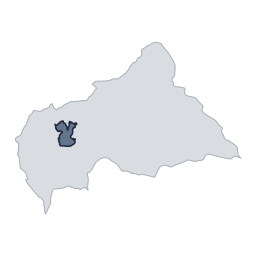 location of Bossangoa, Ouham, Central African Republic
{"feature_id": "33826404B90258922405871", "entity_name": "Bossangoa", "entity_type": "district", "adm_level": 2, "iso_a3": "CAF", "parent_name": "Central African Republic", "parent_adm1": "Ouham", "projection": "robinson", "projection_center": [17.361, 6.343], "detail": "fine", "context": "in_parent", "style": "filled", "palette": "slate", "viewbox_px": 256, "rotation_deg": 0, "n_neighbors": 0, "source": "geoboundaries", "source_scale": "gbopen_adm2", "svg_char_len": 6921}
<svg xmlns="http://www.w3.org/2000/svg" viewBox="0 0 256 256"><path d="M182.1,87.5L184.6,88.2L185.1,89.1L184.4,92.0L184.9,93.8L186.3,95.3L187.8,96.0L189.2,96.4L194.1,97.3L196.1,98.4L198.8,101.8L202.1,104.9L203.0,106.5L202.8,108.0L201.8,109.8L202.0,110.6L203.5,112.4L205.3,114.2L208.5,116.3L214.2,119.5L216.7,121.7L217.6,123.3L219.0,125.1L221.1,126.7L222.4,128.0L221.5,131.5L221.8,132.7L222.3,133.7L223.5,135.1L223.9,136.9L225.1,139.1L226.5,140.1L228.8,140.5L230.0,141.5L232.6,143.3L235.0,144.9L236.1,145.9L236.7,146.9L237.3,148.0L237.6,149.1L237.6,151.5L238.1,154.5L239.4,156.5L240.6,158.0L235.6,156.3L234.9,156.2L234.0,156.5L231.4,158.7L230.5,158.9L227.3,158.5L219.3,156.8L213.1,155.2L211.3,154.6L208.0,154.0L205.8,155.1L203.8,158.9L203.2,159.7L200.0,160.8L198.5,160.5L194.8,161.5L189.1,160.0L187.1,160.3L185.5,161.1L181.4,162.8L178.9,163.8L176.0,164.7L173.3,166.0L171.4,166.8L169.6,166.8L168.0,166.0L166.2,165.3L164.0,165.2L161.8,165.6L159.9,167.1L159.2,168.2L157.5,171.1L155.6,175.8L154.8,176.7L154.2,177.2L145.2,174.9L141.4,174.3L138.8,175.0L135.5,173.7L134.1,173.5L133.4,173.9L131.6,173.3L128.7,171.7L125.8,171.0L123.3,171.3L121.8,170.7L120.5,169.2L118.9,166.3L116.0,163.5L112.1,161.2L109.7,159.5L108.7,158.4L106.6,157.8L103.4,157.6L100.3,158.8L95.9,162.3L91.8,169.5L89.5,172.3L87.6,173.0L87.2,174.8L88.1,177.6L88.3,180.7L87.7,186.2L87.9,190.1L86.9,189.5L86.0,187.6L85.6,187.3L82.8,188.1L81.4,188.9L80.7,189.6L80.1,189.7L79.3,188.7L78.6,188.5L77.5,188.7L76.4,188.7L75.7,188.5L75.2,188.6L74.0,188.0L69.3,186.5L68.5,186.0L67.6,186.1L65.1,187.4L63.8,187.8L60.0,188.6L55.8,189.0L54.3,189.0L53.2,189.6L52.5,190.4L51.2,195.4L50.9,196.3L50.9,197.6L50.6,201.6L50.7,202.9L45.7,213.9L44.9,212.1L44.4,209.9L44.2,207.4L44.3,206.8L44.0,206.0L43.6,204.0L44.0,202.7L43.7,201.3L42.7,200.0L41.8,199.0L41.3,198.0L40.9,197.7L39.9,197.5L38.7,197.0L33.2,190.5L27.4,183.3L26.3,180.9L25.8,179.5L27.2,179.4L27.6,179.1L27.6,178.5L26.7,176.6L26.3,174.2L25.6,172.8L23.4,170.6L21.2,168.9L20.5,168.0L20.1,166.7L19.3,158.9L19.0,156.6L18.3,155.7L17.8,155.2L17.6,154.6L17.7,153.2L18.0,152.0L18.0,151.5L18.6,150.4L18.6,143.1L17.9,142.1L16.6,142.1L15.9,141.0L15.4,139.7L15.5,138.8L16.8,137.3L17.6,136.7L20.0,135.5L20.7,135.0L21.1,134.2L21.4,133.3L22.9,129.5L25.0,125.8L25.9,125.0L28.0,119.5L28.5,118.1L28.9,116.7L29.5,115.6L31.8,113.7L33.6,110.5L35.5,110.6L37.4,111.2L39.9,111.4L41.9,110.8L43.1,109.5L49.2,107.3L49.6,105.6L50.6,104.6L51.7,103.8L52.1,103.7L52.2,104.3L52.8,106.1L54.2,107.9L56.2,109.9L56.8,109.8L58.1,108.3L61.2,107.4L62.0,107.0L64.2,104.8L66.9,103.4L68.5,102.9L71.2,101.4L73.1,101.6L76.3,101.4L81.4,100.7L85.2,100.5L87.1,100.2L87.6,99.9L88.3,97.8L88.8,97.2L90.3,96.3L93.0,93.1L94.8,90.4L95.4,89.5L95.7,89.3L96.5,88.2L95.7,87.0L92.6,84.6L92.7,84.3L92.5,83.9L92.7,83.6L93.9,82.6L95.4,81.5L97.1,81.1L101.5,81.2L105.3,80.9L106.2,81.0L109.1,80.4L111.1,79.9L113.2,78.8L117.9,78.9L121.8,76.0L122.9,75.5L123.4,75.0L123.5,74.6L125.3,73.4L127.4,71.0L129.0,68.9L129.4,67.3L133.8,62.2L135.3,62.3L136.1,61.7L137.8,58.2L138.4,57.6L140.2,57.0L141.0,56.0L141.8,54.5L141.8,52.6L141.4,51.1L141.4,50.4L141.8,49.7L142.5,49.0L145.9,47.2L146.7,46.3L147.2,45.5L148.1,45.4L149.2,45.4L149.8,44.9L150.5,44.1L152.9,43.0L155.0,42.1L157.2,42.5L161.3,43.6L162.6,46.0L163.2,46.9L168.2,52.7L169.2,54.1L171.7,58.3L173.3,61.1L175.1,65.2L175.2,67.4L175.0,69.3L174.7,74.7L174.2,76.2L172.0,79.1L171.9,80.4L172.4,81.5L173.1,82.0L173.5,82.5L173.2,85.0L174.0,86.0L175.7,86.7L179.9,87.1L182.1,87.5Z" fill="#d9dde1" stroke="#a8b0b8" stroke-width="1"/><path d="M55.7,127.5L55.8,128.3L56.0,128.5L56.3,128.6L56.3,128.8L56.3,129.0L56.3,129.3L56.4,129.5L56.5,129.6L56.8,129.7L57.0,129.8L57.2,130.1L57.2,130.4L57.4,130.6L57.4,130.8L57.6,130.9L57.8,131.0L58.0,131.3L58.3,131.4L58.5,131.5L58.8,131.5L59.0,131.5L59.0,131.4L59.2,131.1L59.3,130.9L60.1,131.1L60.4,131.1L60.6,131.0L60.9,131.0L61.1,131.2L61.4,131.4L61.7,131.6L62.0,131.8L62.3,132.1L62.3,132.4L62.2,132.6L61.9,132.9L61.7,132.9L61.5,132.7L61.3,132.9L61.2,133.2L61.0,133.3L60.9,133.3L60.8,133.6L60.7,133.8L60.7,134.0L60.4,134.4L60.2,134.6L59.8,134.7L59.7,134.8L59.6,135.2L59.6,135.4L59.7,135.6L59.5,136.0L59.3,136.8L59.3,137.1L59.4,137.4L59.4,137.6L59.5,137.7L59.5,137.9L59.5,138.1L58.7,138.2L58.5,138.3L58.3,138.4L58.4,138.6L58.5,138.9L58.5,139.2L58.6,139.4L58.7,139.5L58.8,139.6L58.8,139.8L58.8,140.0L58.7,140.2L58.7,140.5L58.8,140.8L58.9,141.3L58.9,141.7L59.1,141.9L59.3,142.2L59.4,142.5L59.4,142.8L59.5,143.2L59.6,143.3L59.7,143.6L59.7,143.9L59.6,144.3L59.6,144.5L59.8,144.8L60.0,145.1L60.4,145.8L63.2,145.9L64.5,146.0L67.0,146.3L69.4,146.2L70.5,146.1L71.5,145.5L73.8,144.0L74.2,143.7L74.7,143.0L75.1,142.5L74.9,141.2L75.0,140.6L74.8,140.3L75.0,139.8L75.0,139.7L75.2,139.3L75.2,139.1L74.8,139.1L74.8,139.3L74.6,139.4L74.4,139.4L74.2,139.2L74.2,139.3L74.0,139.5L74.0,139.4L73.9,139.2L73.7,139.0L73.5,138.9L73.3,138.7L73.2,138.7L73.1,138.8L73.1,139.0L73.1,139.4L71.7,138.3L70.7,137.6L70.6,136.9L70.7,136.5L70.7,136.2L70.7,135.8L71.4,135.2L72.0,134.5L72.2,134.1L72.5,133.6L72.5,133.0L72.7,132.2L72.7,131.1L72.7,130.6L72.6,130.3L72.6,130.0L72.5,129.6L72.6,129.4L72.8,129.2L72.9,128.9L73.0,128.6L73.0,128.4L73.3,128.2L73.6,128.1L73.6,127.8L73.6,127.6L73.8,127.6L74.1,127.6L74.4,127.5L74.5,127.5L74.6,127.3L74.7,127.2L74.8,127.2L75.0,127.2L75.2,126.9L75.2,126.6L75.1,126.4L75.1,126.2L75.3,126.0L75.3,125.7L75.2,125.5L75.1,125.4L75.1,125.2L75.3,125.1L75.6,124.8L75.9,124.7L76.1,124.6L76.4,124.6L76.6,124.5L76.7,124.3L76.7,124.1L76.7,123.9L76.3,123.7L76.0,123.6L76.1,123.2L75.9,122.8L75.7,122.8L75.6,123.0L75.2,123.3L74.9,123.4L74.6,123.5L74.4,123.6L74.1,123.8L73.7,123.6L73.6,123.4L73.4,123.4L73.2,123.5L72.7,123.5L72.5,123.3L72.2,122.9L71.9,122.6L71.8,122.3L71.6,122.2L71.3,122.1L70.9,122.0L71.1,122.2L71.2,122.4L71.3,122.6L71.1,122.8L70.7,122.7L70.3,122.5L70.2,122.4L69.9,122.2L69.7,122.1L69.4,122.1L69.2,122.2L69.2,122.4L69.2,122.5L69.3,122.8L69.2,122.9L69.2,123.1L69.1,123.3L69.0,123.5L69.2,123.8L69.4,123.8L69.5,123.8L69.4,124.0L69.1,124.6L69.2,125.5L69.1,126.1L68.7,126.8L68.2,127.7L68.1,128.0L68.0,128.6L67.9,129.5L67.9,129.8L67.8,130.0L67.7,130.0L67.6,129.9L67.5,129.7L67.4,129.6L67.2,129.0L67.1,128.8L67.1,128.6L67.0,128.3L66.9,128.0L67.0,127.7L67.0,127.4L67.1,127.2L66.9,126.8L66.8,126.4L66.7,126.1L66.5,125.9L65.9,125.2L65.6,124.8L65.6,124.4L65.5,123.8L65.2,123.5L65.0,123.3L64.7,123.1L64.0,123.1L63.6,122.9L63.4,122.7L63.2,121.8L63.3,121.2L63.1,121.2L62.9,121.2L62.7,121.1L62.6,121.3L62.3,121.4L62.1,121.3L61.9,121.3L61.6,121.3L61.1,121.5L60.9,121.5L60.5,121.7L60.3,121.8L60.2,121.9L60.2,122.2L60.2,122.3L60.0,122.5L59.8,122.9L59.8,123.1L59.6,123.4L59.4,123.4L59.1,123.4L58.9,123.3L58.4,123.4L58.2,123.7L58.1,123.8L58.0,124.1L57.8,124.5L57.7,124.8L57.5,125.0L57.3,125.1L57.2,125.2L56.9,125.1L56.6,125.1L56.4,125.2L56.2,125.0L56.0,124.9L55.9,124.8L55.7,124.7L55.4,124.4L55.2,124.4L55.2,124.9L55.2,125.0L55.2,125.3L55.8,126.7L55.8,127.1L55.8,127.3L55.7,127.5Z" fill="#64748b" stroke="#1e293b" stroke-width="1.5"/></svg>